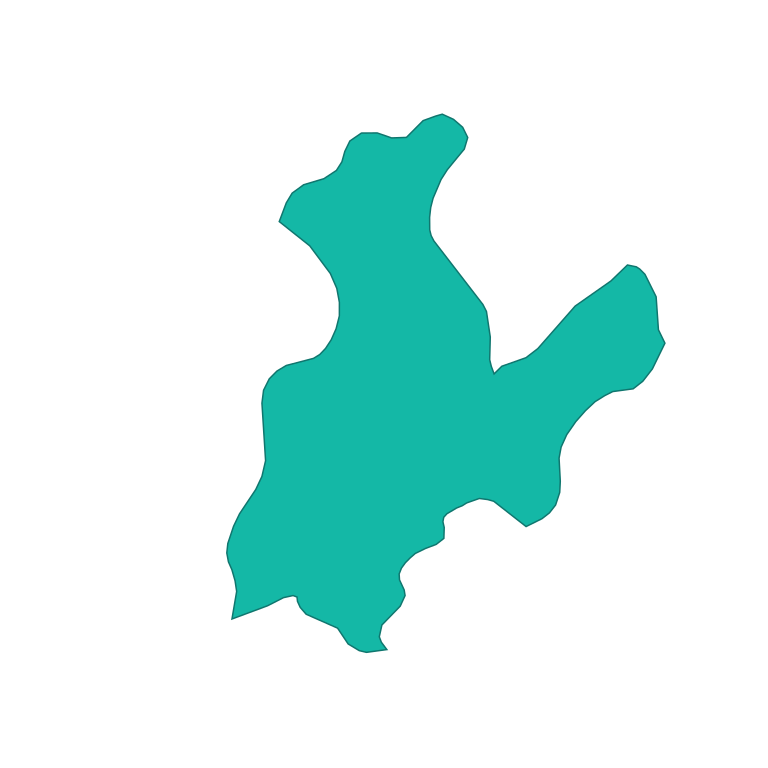 outline of Ha Noi, rotated 49°
{"feature_id": "VNM-462", "entity_name": "Ha Noi", "entity_type": "Province", "adm_level": 1, "iso_a3": "VNM", "parent_name": "Vietnam", "parent_adm1": "", "projection": "natural_earth1", "projection_center": [105.706, 20.971], "detail": "fine", "context": "isolated", "style": "filled", "palette": "teal", "viewbox_px": 768, "rotation_deg": 49, "n_neighbors": 0, "source": "natural_earth", "source_scale": "10m", "svg_char_len": 1730}
<svg xmlns="http://www.w3.org/2000/svg" viewBox="0 0 768 768"><g transform="rotate(49 384 384)"><path d="M461.6,652.9L443.9,631.3L434.8,625.5L424.3,620.6L416.2,618.1L408.4,613.5L401.9,606.5L392.7,590.9L387.2,578.2L379.5,550.0L373.7,536.8L364.2,523.7L318.4,488.7L309.7,479.0L304.8,467.1L304.0,456.3L305.9,445.6L318.4,420.4L319.6,413.1L318.8,404.7L316.0,394.8L310.9,383.9L303.3,373.0L293.1,364.1L280.9,356.9L265.4,352.0L231.0,349.4L192.7,356.5L183.2,338.9L179.7,328.1L180.9,313.9L189.6,294.7L191.6,279.8L188.7,270.0L182.7,260.9L178.2,250.3L179.8,236.4L190.1,224.4L203.3,216.8L212.6,205.3L210.9,181.7L212.5,177.5L215.7,169.2L218.6,163.0L229.9,157.9L241.9,156.2L252.9,159.1L259.4,169.3L261.1,179.7L263.8,195.6L267.1,206.8L276.0,225.1L281.4,232.9L288.1,240.2L297.7,248.4L303.0,251.1L308.8,252.5L388.9,257.2L396.5,259.1L418.3,273.0L435.0,288.3L441.0,291.4L448.6,294.3L447.9,283.4L457.3,259.6L458.2,244.7L450.6,188.6L455.1,145.2L453.9,122.2L461.1,116.7L464.9,115.6L472.4,115.1L496.7,121.4L523.1,141.3L537.5,145.2L548.7,171.6L551.7,186.8L551.1,199.1L539.8,216.3L537.6,225.0L535.8,236.3L536.3,249.4L538.2,263.9L542.1,279.3L547.8,291.7L554.8,300.5L573.1,314.8L581.1,322.5L587.9,333.9L589.8,343.7L589.3,353.1L584.8,370.3L544.5,378.1L539.3,381.5L532.9,387.2L528.0,399.6L527.2,404.8L525.2,410.6L523.2,421.7L523.8,426.4L526.6,429.9L531.8,432.7L539.8,440.1L539.3,449.8L535.3,460.7L532.4,471.6L532.4,478.2L532.9,485.1L534.4,491.6L537.3,497.2L542.0,500.8L552.7,503.9L557.5,506.9L562.3,517.5L564.5,543.7L571.7,553.4L577.1,555.4L586.3,556.1L575.0,573.3L569.0,577.6L556.7,581.6L537.8,579.2L506.7,593.8L497.7,593.8L491.3,591.9L487.7,589.4L484.0,591.4L479.3,600.0L475.0,617.3L461.6,652.9Z" fill="#14b8a6" stroke="#0f766e" stroke-width="1.5"/></g></svg>